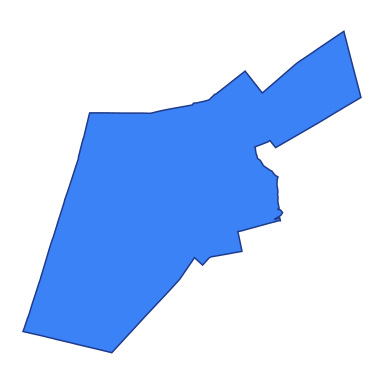 Valcelele, Buzau, Romania (Mercator projection)
{"feature_id": "2599482B18709155203204", "entity_name": "Valcelele", "entity_type": "district", "adm_level": 2, "iso_a3": "ROU", "parent_name": "Romania", "parent_adm1": "Buzau", "projection": "mercator", "projection_center": [27.37, 45.349], "detail": "fine", "context": "isolated", "style": "filled", "palette": "blue", "viewbox_px": 384, "rotation_deg": 0, "n_neighbors": 0, "source": "geoboundaries", "source_scale": "gbopen_adm2", "svg_char_len": 2785}
<svg xmlns="http://www.w3.org/2000/svg" viewBox="0 0 384 384"><path d="M209.2,257.8L209.7,257.6L210.5,257.2L210.9,256.9L211.0,256.9L211.3,256.8L212.1,256.7L220.5,255.2L226.9,254.1L235.0,252.6L241.8,251.4L242.0,251.3L240.4,243.7L237.9,231.6L241.8,230.8L246.7,229.4L266.0,224.1L278.0,220.9L278.9,220.7L279.2,220.7L279.9,220.8L280.4,220.8L280.4,220.6L280.3,220.3L280.1,219.5L279.9,218.6L279.7,217.9L278.7,218.2L277.8,218.4L276.4,219.0L275.7,219.2L275.1,219.4L274.7,219.3L274.8,219.1L275.2,218.6L277.1,217.8L278.2,217.0L279.6,216.2L280.6,215.5L281.3,214.7L282.2,213.3L282.6,212.6L280.9,210.4L279.6,209.5L278.0,209.5L277.9,209.3L278.3,208.8L278.9,208.5L279.1,208.0L277.8,201.8L278.0,198.4L277.8,195.6L277.5,194.4L277.9,192.4L277.8,190.4L277.7,189.5L277.0,185.2L277.0,183.2L277.3,179.1L278.0,176.9L275.3,175.4L273.1,172.8L272.0,171.2L269.8,170.1L265.6,167.2L264.3,166.4L263.2,165.3L260.4,160.5L259.1,159.5L257.6,158.5L256.9,155.7L256.1,153.6L255.5,150.2L255.4,148.3L254.8,147.0L267.9,141.9L269.9,140.5L275.6,147.6L281.2,144.4L318.7,122.7L329.8,116.0L337.4,111.4L338.5,110.8L345.4,106.6L347.7,105.3L348.2,105.0L350.9,103.4L354.3,101.4L359.4,98.4L361.0,97.5L360.7,96.6L360.2,94.6L358.7,88.7L356.0,78.4L352.3,64.3L348.7,50.4L348.2,48.5L347.5,45.7L345.0,35.9L344.4,33.6L344.0,31.9L343.9,31.3L334.0,37.9L328.9,41.4L318.5,48.4L312.9,52.3L300.5,60.6L296.3,63.6L262.3,93.0L248.3,75.2L245.1,71.1L215.9,94.1L214.9,94.2L209.7,99.2L209.3,99.7L208.6,100.0L204.9,101.1L196.2,103.0L194.4,103.0L193.8,103.1L193.3,103.3L192.6,104.9L191.0,105.2L172.6,108.5L167.2,109.5L160.4,110.9L151.3,113.1L149.5,113.3L142.7,113.1L125.4,113.1L115.9,113.0L108.3,112.9L105.5,112.9L104.5,112.9L103.6,112.9L103.4,112.9L103.1,112.9L102.0,112.9L101.1,112.8L99.5,112.9L91.1,112.9L90.0,112.9L89.7,112.9L89.6,113.0L89.5,113.4L89.2,114.7L88.6,117.0L87.4,122.2L86.5,125.6L86.1,127.5L85.1,131.5L83.8,137.2L83.2,138.4L82.8,140.1L82.3,141.8L81.4,145.3L81.1,146.6L80.7,148.0L79.9,151.4L79.6,152.7L79.1,154.4L78.6,156.4L78.5,156.8L78.5,157.0L78.4,157.8L78.4,158.0L78.5,158.3L78.2,159.2L77.9,160.1L77.2,162.2L76.4,164.6L69.2,186.9L67.5,191.9L64.7,199.9L64.2,202.2L62.8,206.6L61.9,209.5L61.3,211.3L60.1,215.1L58.4,220.4L54.9,231.9L53.0,237.9L52.5,238.9L51.4,242.2L50.1,246.3L49.5,248.2L45.6,261.4L42.4,272.1L41.3,275.6L41.0,276.6L40.7,278.1L38.5,284.5L35.4,294.2L32.2,303.9L31.0,307.8L30.0,311.2L29.2,313.9L27.3,318.8L26.3,321.8L24.5,327.4L23.0,331.5L33.8,334.0L35.3,334.3L41.9,335.8L46.0,336.8L49.2,337.6L51.9,338.2L56.0,339.3L59.8,340.2L64.0,341.2L67.0,341.9L70.5,342.7L73.6,343.5L79.3,344.9L84.4,346.1L90.3,347.5L93.6,348.3L97.4,349.2L98.8,349.5L100.8,350.0L106.6,351.4L109.8,352.2L111.8,352.7L146.1,315.4L166.8,293.4L177.9,281.3L179.9,279.0L194.5,257.7L202.6,265.1L209.2,257.8Z" fill="#3b82f6" stroke="#1e3a8a" stroke-width="1.5"/></svg>